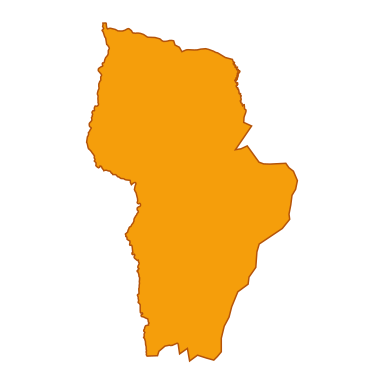 Guruve, Mashonaland Central, Zimbabwe
{"feature_id": "62879985B94788523957313", "entity_name": "Guruve", "entity_type": "district", "adm_level": 2, "iso_a3": "ZWE", "parent_name": "Zimbabwe", "parent_adm1": "Mashonaland Central", "projection": "equal_earth", "projection_center": [30.574, -16.701], "detail": "fine", "context": "isolated", "style": "filled", "palette": "amber", "viewbox_px": 384, "rotation_deg": 0, "n_neighbors": 0, "source": "geoboundaries", "source_scale": "gbopen_adm2", "svg_char_len": 5852}
<svg xmlns="http://www.w3.org/2000/svg" viewBox="0 0 384 384"><path d="M232.4,59.4L225.3,57.5L217.7,52.9L215.7,52.4L213.5,51.2L208.6,49.4L205.7,48.7L200.8,49.1L197.2,49.9L194.3,50.0L188.0,49.7L186.2,49.9L181.9,51.7L179.4,47.3L175.0,45.0L173.7,40.9L173.2,40.7L171.4,40.4L169.4,40.5L167.8,41.0L166.0,41.3L163.5,41.4L161.8,40.6L160.4,39.2L159.4,38.7L155.0,37.5L147.6,37.2L143.6,34.5L140.5,33.4L138.4,33.1L136.3,33.1L135.2,33.3L134.3,33.0L133.2,33.1L132.1,32.0L131.5,30.7L129.1,28.8L128.2,28.6L127.1,29.0L125.0,30.2L122.5,31.0L120.3,31.0L118.0,30.9L115.2,29.4L110.7,28.3L109.5,28.3L107.5,28.9L106.9,28.1L106.4,25.8L106.3,23.7L105.9,23.0L102.9,23.1L103.0,24.9L102.6,26.6L103.2,27.4L103.6,28.6L102.7,29.8L102.1,30.2L102.1,30.5L103.2,32.0L104.7,36.7L105.7,38.2L106.7,44.5L107.5,45.0L108.8,47.0L109.2,47.7L109.3,48.6L108.3,50.5L108.2,53.9L107.6,55.3L105.6,57.7L104.8,59.7L104.2,62.3L103.5,62.9L102.7,62.9L102.3,63.5L102.4,64.7L102.8,65.6L102.5,66.3L101.2,66.7L100.0,67.5L98.6,68.5L98.3,69.2L98.3,70.7L101.3,74.3L101.6,75.1L101.5,75.7L100.7,77.0L100.8,80.2L99.7,81.6L99.0,83.6L98.8,83.9L98.8,86.7L99.0,87.7L99.0,88.6L98.2,90.3L97.4,93.2L97.4,94.3L98.1,95.8L97.9,98.6L98.1,101.4L98.0,102.7L98.4,103.5L98.5,104.6L98.3,105.1L97.3,106.1L96.3,106.2L95.2,106.0L94.5,107.3L94.3,108.3L94.5,110.5L94.3,110.7L93.0,110.7L92.0,112.1L92.0,112.8L92.6,114.1L92.6,114.7L92.2,115.6L92.3,116.5L91.5,117.4L91.9,120.0L91.3,121.1L89.5,123.1L89.2,123.9L89.3,125.5L89.6,126.5L91.2,127.8L91.2,128.4L90.5,129.3L89.2,131.8L88.4,132.6L88.6,134.2L88.1,135.8L87.4,136.8L86.6,142.3L87.2,143.5L88.1,147.6L88.6,148.9L89.1,149.1L91.0,151.1L92.7,153.6L93.3,154.2L93.6,154.9L94.3,155.6L94.4,156.2L94.2,157.9L95.0,159.2L95.0,159.7L94.3,161.0L95.9,162.6L96.1,164.2L95.9,165.1L95.9,165.7L97.1,166.9L98.4,167.8L99.6,167.3L100.0,166.0L100.9,166.1L101.7,167.0L102.0,168.0L103.7,170.2L103.8,170.7L105.1,170.3L106.3,170.2L108.3,170.9L109.9,171.1L110.4,171.6L111.5,173.2L112.2,173.4L112.8,174.6L115.5,174.6L116.5,175.3L117.6,176.7L118.5,176.8L121.0,178.5L123.7,178.7L125.1,179.6L126.1,179.9L130.0,180.3L130.3,180.8L130.4,182.5L131.4,184.7L133.0,183.3L134.3,182.6L135.2,182.5L135.9,183.1L135.9,184.0L135.1,186.0L134.4,189.6L135.3,191.6L136.0,192.6L137.5,198.5L137.7,201.0L137.2,202.2L137.2,202.7L137.7,203.4L138.5,203.8L139.7,203.3L140.3,203.8L140.5,204.3L140.5,205.6L139.9,206.4L138.7,206.8L137.5,207.6L137.2,208.1L137.1,209.2L137.3,210.1L138.1,210.8L138.3,212.1L136.9,213.9L136.7,214.5L136.6,215.0L136.1,215.5L135.3,216.5L135.1,217.3L134.4,218.1L134.0,219.3L133.9,221.2L133.1,222.9L131.8,224.6L130.8,226.5L129.8,226.9L129.2,227.5L128.7,229.0L128.2,229.9L127.5,232.3L126.6,232.9L126.2,233.5L125.5,233.8L125.4,234.2L125.9,235.6L125.8,236.5L126.6,236.8L126.9,237.3L127.1,239.3L128.5,240.3L129.8,240.9L130.0,242.2L129.6,244.5L130.0,245.3L131.4,245.2L132.1,246.2L132.8,252.8L132.1,252.8L131.9,253.9L132.6,254.6L133.7,254.6L134.4,254.3L134.8,255.1L134.8,255.4L134.1,256.9L134.2,257.6L134.7,258.3L137.1,260.3L137.8,260.5L138.2,260.2L138.4,260.7L138.5,261.8L139.2,263.1L139.0,264.0L137.9,266.3L137.9,267.6L138.8,268.4L138.9,268.8L138.1,269.4L137.9,270.6L137.2,270.7L137.1,271.1L137.3,271.7L138.1,272.2L138.9,274.8L138.9,276.1L139.6,277.7L139.5,280.2L139.3,281.3L139.5,283.5L139.2,285.2L139.2,287.4L138.8,288.7L139.0,293.3L138.9,293.8L137.6,294.6L137.4,295.2L138.2,297.1L138.2,298.6L138.5,299.7L138.6,300.8L138.1,302.2L138.5,302.9L139.2,303.3L140.2,304.8L140.2,310.8L140.4,312.6L140.6,312.9L142.2,312.9L142.6,313.5L142.5,314.2L141.7,314.5L141.2,314.9L141.1,315.9L142.1,316.8L143.0,316.7L146.2,318.3L147.7,318.8L148.1,320.2L148.3,321.9L149.0,322.9L149.0,323.3L148.4,323.9L148.5,325.1L145.9,325.6L145.4,326.0L144.7,327.5L144.4,329.3L144.0,329.6L143.7,330.6L143.8,331.2L144.3,331.6L144.9,332.4L144.4,333.3L144.1,334.3L144.1,335.2L144.3,336.1L144.1,336.4L144.1,336.9L143.6,337.3L143.6,337.6L144.5,338.5L145.4,341.4L145.6,344.5L146.2,346.8L146.2,349.4L146.5,350.2L146.4,351.4L146.1,351.9L146.5,353.3L146.3,354.8L147.1,356.1L157.5,355.7L158.9,351.3L165.0,346.1L169.5,345.2L170.2,345.5L172.1,345.4L177.1,343.2L177.8,343.5L178.2,344.3L179.6,353.9L187.4,348.4L189.6,361.0L197.5,355.2L206.6,358.1L213.8,360.1L217.3,356.6L221.3,351.8L221.3,338.2L224.2,326.2L229.0,317.2L231.7,306.7L237.8,291.8L248.1,284.2L249.0,277.1L255.8,267.4L256.9,251.9L259.2,244.0L282.3,228.5L289.7,219.3L289.0,214.1L290.8,204.8L292.0,195.3L295.6,189.3L297.4,180.6L293.4,171.2L288.9,167.7L285.8,163.3L269.9,164.1L263.6,163.9L259.0,162.2L247.2,145.9L241.0,148.8L235.4,149.7L251.6,126.0L243.7,122.4L244.0,117.5L244.6,115.5L245.6,112.9L246.0,111.2L246.0,110.0L244.5,108.8L244.4,106.1L244.2,105.3L244.2,104.7L243.8,104.7L242.6,105.8L242.2,104.8L242.0,103.4L240.9,102.8L240.7,102.5L240.9,101.3L240.4,101.3L240.3,100.7L241.0,99.9L241.2,99.3L240.6,96.7L241.2,96.1L241.2,95.8L240.7,95.6L240.5,95.2L240.3,94.6L240.6,94.0L240.6,93.8L239.8,93.3L239.5,93.8L239.2,93.6L239.0,92.4L239.0,91.4L238.7,90.8L238.8,90.1L238.2,89.5L238.1,88.9L237.6,88.9L237.5,88.5L237.6,87.7L236.9,87.6L236.3,86.7L236.2,85.8L237.2,85.3L237.0,84.3L237.2,84.1L237.6,84.5L237.8,84.3L237.5,82.8L237.1,82.8L236.6,83.3L236.1,82.5L235.6,82.1L235.4,81.1L234.8,80.6L234.8,80.3L235.1,80.2L235.4,79.9L235.7,79.1L236.0,79.2L236.3,80.4L236.8,79.6L237.1,79.5L237.3,78.9L237.2,78.3L236.5,78.6L236.2,78.4L236.1,77.9L237.5,77.6L237.5,77.3L237.0,76.8L237.0,76.5L237.6,76.5L237.2,75.7L237.5,75.6L237.8,75.9L238.2,75.8L238.1,75.1L237.3,74.8L237.4,73.3L237.8,73.1L238.1,74.1L238.4,74.0L239.2,72.5L239.8,71.9L239.9,71.4L239.6,70.8L238.9,70.5L238.0,71.1L238.0,70.5L238.4,70.0L238.2,69.5L236.7,69.6L236.6,68.9L237.0,68.9L237.0,67.9L237.4,67.5L237.4,67.2L235.5,67.5L235.0,67.0L235.1,66.6L235.7,66.4L235.8,66.0L235.1,65.6L234.9,64.8L234.2,64.9L234.2,64.1L233.4,64.0L233.3,63.2L233.6,63.0L234.2,63.2L234.5,62.7L234.3,62.3L233.7,62.1L232.9,61.1L232.4,59.4Z" fill="#f59e0b" stroke="#b45309" stroke-width="1.5"/></svg>